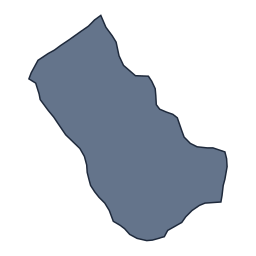 Ovgoros, Cyprus
{"feature_id": "46923920B72580164360540", "entity_name": "Ovgoros", "entity_type": "district", "adm_level": 2, "iso_a3": "CYP", "parent_name": "Cyprus", "parent_adm1": "", "projection": "mercator", "projection_center": [33.939, 35.382], "detail": "fine", "context": "isolated", "style": "filled", "palette": "slate", "viewbox_px": 256, "rotation_deg": 0, "n_neighbors": 0, "source": "geoboundaries", "source_scale": "gbopen_adm2", "svg_char_len": 969}
<svg xmlns="http://www.w3.org/2000/svg" viewBox="0 0 256 256"><path d="M28.9,78.9L35.7,83.1L39.1,93.9L40.2,99.6L48.2,110.4L53.8,117.2L57.2,122.3L65.7,134.8L79.9,148.5L84.4,156.4L86.7,165.0L87.2,172.4L88.9,179.2L90.6,185.5L94.6,191.7L99.1,197.4L104.8,203.1L109.3,210.5L113.3,221.3L120.1,225.3L124.6,228.7L129.7,234.4L137.1,238.4L146.7,240.6L152.4,240.1L158.6,238.4L161.0,237.6L162.0,237.3L164.3,236.7L167.7,230.4L181.8,222.4L185.8,216.7L192.0,210.5L199.4,205.4L205.0,203.1L220.9,202.0L222.0,195.7L223.2,185.5L224.9,179.2L227.1,166.7L226.6,158.7L224.9,151.9L213.0,147.9L207.3,147.9L197.1,146.8L190.3,143.4L184.1,137.1L181.8,130.8L177.3,117.8L172.8,114.3L166.5,112.1L159.7,109.2L156.3,104.7L155.8,95.6L155.2,88.7L151.8,81.4L148.4,76.2L135.4,75.7L123.5,65.4L119.0,55.8L116.1,42.1L112.2,35.8L105.9,27.3L100.8,15.4L94.6,19.9L88.4,26.2L81.0,31.3L69.1,39.8L60.6,45.5L54.4,50.1L48.2,53.5L38.0,60.3L31.2,72.8L28.9,78.9Z" fill="#64748b" stroke="#1e293b" stroke-width="1.5"/></svg>